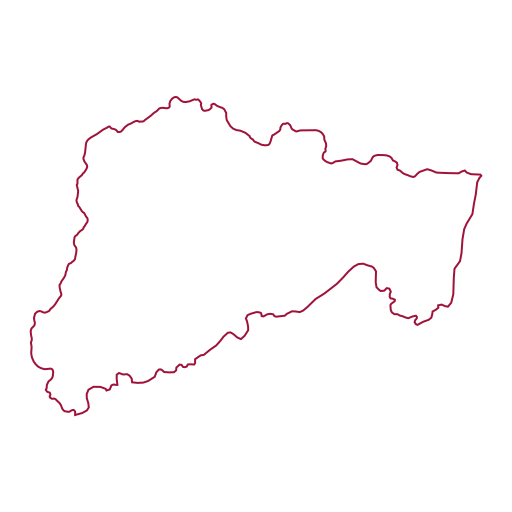 the district of Santa Lucía, Canelones, Uruguay
{"feature_id": "84410073B26807855042192", "entity_name": "Santa Lucía", "entity_type": "district", "adm_level": 2, "iso_a3": "URY", "parent_name": "Uruguay", "parent_adm1": "Canelones", "projection": "orthographic", "projection_center": [-56.326, -34.428], "detail": "fine", "context": "isolated", "style": "outline", "palette": "rose", "viewbox_px": 512, "rotation_deg": 0, "n_neighbors": 0, "source": "geoboundaries", "source_scale": "gbopen_adm2", "svg_char_len": 5944}
<svg xmlns="http://www.w3.org/2000/svg" viewBox="0 0 512 512"><path d="M154.7,376.8L156.4,372.2L158.9,369.5L160.8,369.4L162.3,370.3L164.1,372.0L169.2,372.4L174.0,372.2L176.1,370.4L176.4,367.5L179.6,364.6L181.6,364.9L183.0,366.9L184.7,367.2L186.7,366.6L187.8,364.5L190.4,364.3L194.2,364.5L195.1,363.0L195.1,359.2L200.6,355.4L203.9,354.8L210.0,349.8L216.3,345.4L220.4,340.8L223.5,336.7L227.8,332.8L230.5,332.4L233.5,334.2L237.3,337.5L241.0,339.1L244.6,335.8L248.2,330.2L248.1,326.8L247.6,324.0L246.9,321.0L245.9,318.4L247.6,315.1L250.6,313.8L256.4,312.1L259.1,312.3L260.8,312.9L261.4,314.2L261.7,316.1L263.5,316.4L267.3,314.3L270.3,313.8L273.2,314.3L274.4,316.1L276.2,316.7L284.8,315.7L286.9,313.8L292.0,311.3L295.9,311.5L299.7,312.1L303.1,310.6L307.3,307.1L315.6,299.0L324.4,293.5L336.8,283.9L342.9,277.7L348.6,271.3L353.8,266.6L358.3,264.1L363.2,263.7L367.5,265.3L372.3,266.7L373.9,268.1L376.0,271.4L375.7,282.2L376.5,287.2L378.6,289.4L380.6,291.0L384.2,290.7L386.8,288.1L389.4,288.7L390.8,291.7L389.8,294.1L389.7,296.9L390.6,298.4L392.7,298.7L394.9,299.7L394.7,301.2L391.2,303.8L390.4,305.2L390.8,310.2L391.9,312.4L394.4,314.2L397.5,314.2L399.7,315.5L402.8,316.3L405.5,317.5L408.3,318.2L412.4,316.5L415.9,315.7L416.9,316.9L416.7,318.5L415.3,320.0L414.6,322.1L415.7,324.0L417.5,324.9L423.1,321.8L428.7,319.8L431.3,317.7L432.2,314.5L432.6,311.5L435.6,309.9L438.3,307.8L438.1,305.4L441.6,304.6L445.0,306.1L447.9,306.7L451.2,302.8L453.3,294.3L453.8,277.9L454.5,268.7L460.0,261.2L461.5,253.2L462.5,239.1L464.2,229.1L466.7,223.5L472.4,214.1L474.0,203.5L475.8,194.3L477.2,182.4L479.3,178.1L481.3,175.8L480.4,174.6L471.1,174.2L466.8,172.6L464.8,170.5L461.5,171.6L458.7,173.3L448.0,173.1L436.5,172.6L431.3,170.4L427.2,169.2L419.6,171.9L417.6,173.5L415.1,176.2L413.4,177.0L410.1,176.2L407.5,175.0L405.6,174.5L402.8,173.1L400.0,170.6L397.5,169.7L396.6,167.5L397.5,165.0L396.9,162.7L394.9,161.3L393.0,160.5L391.3,157.7L389.4,156.3L386.6,155.4L383.5,155.1L377.6,155.0L374.8,155.7L373.2,156.6L372.2,158.1L370.9,160.8L368.4,162.9L366.6,164.1L364.4,164.1L360.5,163.5L352.5,159.2L347.6,159.4L341.1,160.7L335.5,161.4L334.3,162.0L332.9,163.0L331.2,163.5L327.4,162.2L325.7,161.3L323.3,159.3L322.7,158.1L322.7,155.9L323.3,153.8L323.9,152.6L324.5,152.1L325.1,151.8L325.7,151.0L325.3,149.0L326.2,146.1L326.1,144.6L325.9,143.1L324.6,140.3L324.2,138.7L324.3,137.0L323.9,135.8L322.1,133.2L320.5,131.9L318.5,130.8L316.0,130.2L300.4,130.4L296.2,131.5L292.3,129.3L291.4,128.1L290.8,126.5L290.0,125.0L287.9,123.2L286.6,123.2L285.3,123.9L283.7,123.7L282.8,124.0L281.6,125.4L280.5,127.4L280.2,129.8L279.1,131.2L273.7,134.8L272.8,135.1L272.2,135.7L270.7,141.0L269.8,143.3L269.2,144.2L268.4,144.9L267.0,145.2L264.7,145.3L261.3,144.7L258.2,143.1L254.7,141.7L254.1,141.2L253.0,139.6L250.8,138.2L250.0,137.3L249.6,136.1L245.4,132.8L240.4,130.7L236.5,130.1L233.2,128.7L230.4,126.2L226.7,120.0L226.2,116.1L226.2,113.0L224.2,109.2L222.3,107.9L218.2,106.4L216.7,105.6L214.4,103.9L213.3,103.8L211.5,104.7L211.3,105.8L211.6,107.2L211.4,107.7L209.8,109.3L208.5,110.1L205.0,110.8L204.0,110.7L203.3,110.4L202.1,109.2L200.9,105.2L200.9,104.5L201.2,103.7L201.1,103.1L200.3,101.8L199.1,100.3L198.2,99.5L197.7,99.4L196.1,99.8L194.5,99.3L189.6,101.3L185.6,102.1L183.1,101.8L181.2,100.8L177.5,97.5L176.7,97.1L175.2,97.0L173.6,97.6L172.4,98.4L170.4,100.8L169.5,103.6L169.7,106.6L168.9,107.6L167.9,108.1L166.4,108.3L163.9,107.9L161.1,107.9L159.4,108.4L156.7,111.1L153.8,113.0L150.7,115.8L145.1,119.9L143.7,121.2L142.4,121.6L140.9,121.5L139.4,121.8L137.6,120.9L136.1,121.0L133.9,121.8L130.8,123.6L128.2,124.6L126.1,126.2L124.8,127.2L122.4,130.2L120.8,131.7L118.5,132.1L117.6,131.9L116.5,130.3L115.7,129.8L114.6,129.2L111.6,128.5L110.8,127.9L109.7,126.5L108.6,126.6L107.3,127.5L103.0,129.7L96.9,134.1L91.2,137.3L89.5,138.5L87.7,140.1L86.6,141.8L86.2,142.9L85.9,144.6L85.1,152.4L84.4,155.4L83.5,157.4L83.4,158.8L84.4,161.4L87.0,165.2L87.2,166.8L86.8,168.1L86.1,169.5L84.3,172.3L83.0,173.4L81.8,175.2L79.4,177.2L77.8,178.9L77.4,180.3L77.5,183.1L77.3,184.1L76.9,184.5L76.8,185.2L78.1,190.6L78.1,191.8L77.5,196.9L76.5,200.0L76.5,201.0L77.2,203.3L77.8,204.1L78.1,205.7L79.3,207.0L81.9,211.2L82.6,212.0L84.2,213.0L86.1,216.7L87.1,217.7L87.6,219.0L87.7,220.1L87.4,221.9L85.7,224.3L84.6,226.3L83.8,227.0L83.2,228.8L82.3,229.7L80.2,231.1L78.5,232.8L77.6,234.2L76.7,235.1L75.4,236.0L74.6,237.1L74.4,238.2L73.8,242.9L74.4,245.2L75.9,247.3L76.3,248.4L76.5,249.8L76.2,252.9L75.3,257.0L75.1,258.6L74.8,259.5L73.5,261.0L72.5,261.6L71.0,263.0L68.9,263.9L68.3,264.9L67.3,267.3L66.8,270.2L65.9,272.0L65.3,275.3L63.9,277.9L61.6,281.1L60.6,283.4L59.6,284.9L59.5,285.5L59.7,287.6L60.4,290.9L61.3,294.0L61.3,295.1L60.8,296.1L58.9,298.4L55.2,304.2L53.8,306.0L51.7,308.0L50.9,308.6L50.2,309.3L49.4,310.7L48.6,311.2L46.0,312.4L44.9,312.6L43.5,312.5L41.5,311.5L40.4,311.2L39.2,311.1L37.8,311.5L36.9,312.0L35.1,313.7L34.0,317.8L34.3,320.5L34.9,322.8L34.6,324.9L33.9,326.0L31.9,328.0L31.3,328.9L30.9,330.1L30.7,331.6L31.0,334.7L31.7,338.0L31.8,339.4L31.6,340.7L30.9,342.5L31.6,346.9L31.2,353.2L31.7,356.4L32.2,358.1L33.8,361.7L35.8,364.4L38.1,366.6L40.9,368.1L44.2,369.1L45.9,369.1L50.7,368.6L51.9,369.1L52.7,370.0L53.1,371.4L53.2,372.9L52.9,374.4L52.9,375.7L52.5,377.0L51.9,378.3L51.2,379.2L48.5,381.5L46.9,384.8L46.6,388.3L45.8,389.8L46.8,391.3L47.5,391.9L49.6,392.6L50.0,393.1L50.4,394.5L50.1,395.7L49.7,396.2L49.7,396.8L50.2,397.7L52.0,398.8L54.1,398.6L54.8,398.8L55.9,399.5L57.0,400.7L59.4,402.9L60.9,405.1L62.3,408.8L63.9,410.7L64.7,411.2L68.1,411.8L69.4,411.7L71.5,410.4L72.7,410.0L73.6,409.9L74.3,410.5L75.1,411.6L75.2,412.7L75.1,415.0L82.3,413.0L86.9,410.4L88.8,407.4L88.3,403.1L86.8,398.3L86.7,394.0L88.5,389.7L93.5,386.8L100.4,386.9L105.6,388.8L106.5,390.5L109.8,389.4L111.4,385.4L113.5,384.5L116.0,384.9L117.4,384.9L116.7,379.0L116.7,374.7L119.0,373.0L123.1,374.5L127.1,374.2L129.5,375.6L131.7,378.6L132.1,382.3L137.6,382.9L143.3,382.6L148.1,381.0L154.7,376.8Z" fill="none" stroke="#9f1239" stroke-width="2"/></svg>